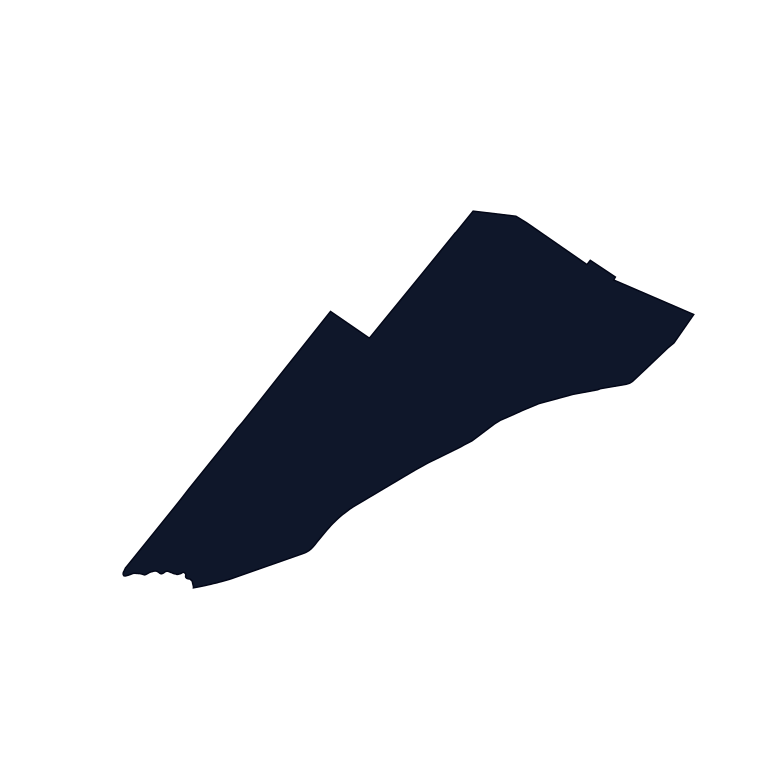 Esteban Echeverría, Buenos Aires, Argentina (Equal Earth projection), rotated 248°
{"feature_id": "61730980B71301112531283", "entity_name": "Esteban Echeverría", "entity_type": "district", "adm_level": 2, "iso_a3": "ARG", "parent_name": "Argentina", "parent_adm1": "Buenos Aires", "projection": "equal_earth", "projection_center": [-58.504, -34.825], "detail": "fine", "context": "isolated", "style": "filled", "palette": "ink", "viewbox_px": 768, "rotation_deg": 248, "n_neighbors": 0, "source": "geoboundaries", "source_scale": "gbopen_adm2", "svg_char_len": 2877}
<svg xmlns="http://www.w3.org/2000/svg" viewBox="0 0 768 768"><g transform="rotate(248 384 384)"><path d="M266.4,130.9L265.1,137.3L264.6,140.1L264.1,142.8L263.7,145.5L263.2,148.3L262.9,151.0L262.4,153.7L262.2,155.1L262.1,156.5L261.7,159.2L261.4,161.9L261.1,164.6L260.8,167.4L260.6,170.2L260.5,172.9L257.1,246.7L257.1,247.8L257.2,249.1L257.6,251.9L258.4,254.6L259.6,257.3L261.0,260.0L262.6,262.7L269.9,276.2L271.2,278.9L272.6,281.6L273.8,284.3L274.9,287.0L276.0,289.7L277.2,292.9L277.8,294.7L278.5,296.8L279.0,298.9L280.8,305.3L281.2,307.4L281.6,309.2L282.0,311.7L290.5,367.2L292.5,380.4L294.2,394.2L294.4,396.2L295.5,411.9L297.0,431.9L297.5,435.3L298.2,443.2L298.3,444.2L298.6,445.4L305.6,471.5L306.0,473.7L306.3,475.6L306.5,476.8L306.8,478.3L306.8,479.8L307.2,493.4L307.6,502.7L307.8,520.1L303.6,555.4L298.6,580.0L298.6,582.9L293.0,608.6L292.7,612.1L293.3,615.4L300.7,634.4L311.0,660.4L313.5,668.3L332.4,697.2L394.4,635.9L396.5,638.6L421.4,621.6L418.7,616.9L479.8,576.8L490.1,569.2L510.9,531.4L497.7,507.6L497.5,506.8L488.9,491.2L471.4,459.5L449.3,419.2L441.7,405.3L432.1,387.9L433.0,386.9L471.3,361.6L449.7,323.5L431.9,292.0L412.8,258.5L401.5,238.5L397.9,231.4L389.1,216.2L359.7,163.5L353.9,153.6L348.0,143.2L330.0,110.9L310.8,76.4L310.4,75.5L309.9,75.0L309.2,74.2L308.5,73.5L308.1,73.1L307.6,72.4L307.0,71.8L306.5,71.4L305.9,71.1L305.4,70.9L304.8,70.8L304.2,70.9L303.6,71.0L303.3,71.5L303.0,72.0L302.8,72.7L302.7,73.9L302.5,75.2L302.5,76.1L302.4,76.9L302.4,77.6L302.4,78.6L302.4,79.2L302.4,79.9L302.3,80.8L302.1,81.4L301.8,82.2L301.5,82.8L301.2,83.4L300.9,83.9L300.5,84.9L300.1,85.5L299.8,86.4L299.5,86.9L299.1,87.4L298.7,88.0L298.3,88.5L297.9,89.0L297.5,89.5L297.0,90.1L296.7,90.5L296.6,91.3L296.6,92.0L296.7,92.9L296.8,93.8L296.9,94.5L297.0,95.2L297.1,95.9L297.1,96.5L297.1,97.5L296.9,98.5L296.8,99.2L296.8,99.9L296.7,100.5L296.4,101.6L296.1,102.3L295.8,102.8L295.3,103.4L294.8,103.8L294.4,104.1L294.0,104.4L293.6,104.7L293.1,104.9L292.6,105.2L292.0,105.7L291.6,106.1L291.3,106.8L291.3,107.5L291.3,108.3L291.4,108.9L291.6,109.7L291.8,110.4L291.9,111.0L291.9,111.8L291.7,112.5L291.5,113.2L291.1,113.7L290.7,114.2L290.3,114.6L289.8,115.1L289.4,115.5L289.0,115.9L288.7,116.4L288.3,116.8L287.8,117.2L287.4,117.6L286.9,118.1L286.5,118.6L286.3,119.2L286.0,119.6L285.4,120.2L285.1,120.5L284.8,121.2L284.7,121.7L284.6,122.5L284.5,123.3L284.4,124.2L284.4,124.8L284.5,125.4L284.6,126.1L284.7,126.9L284.5,127.5L284.2,128.0L283.8,128.3L283.1,128.6L282.7,128.8L282.1,128.8L281.6,128.8L281.0,128.6L280.5,128.2L280.0,128.0L279.5,127.8L279.0,127.8L278.4,128.0L277.9,128.2L277.5,128.5L277.0,129.1L276.5,129.8L276.3,130.3L275.9,130.9L275.3,131.3L274.8,131.5L274.2,131.8L273.8,132.0L273.4,132.2L272.9,132.2L272.3,132.2L271.8,132.1L271.1,132.0L270.5,131.8L269.9,131.8L268.9,131.6L268.2,131.6L267.7,131.4L267.0,131.2L266.4,130.9Z" fill="#0f172a" stroke="#020617" stroke-width="1.5"/></g></svg>